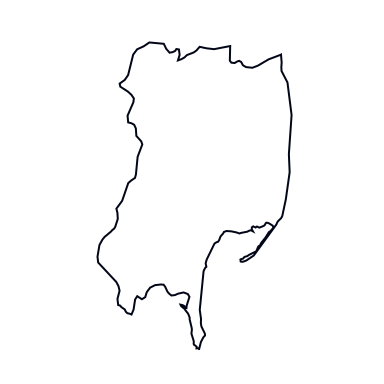 map outline of Pomeranian (Robinson projection), rotated 102°
{"feature_id": "POL-3140", "entity_name": "Pomeranian", "entity_type": "Voivodeship", "adm_level": 1, "iso_a3": "POL", "parent_name": "Poland", "parent_adm1": "", "projection": "robinson", "projection_center": [18.491, 54.136], "detail": "fine", "context": "isolated", "style": "outline", "palette": "ink", "viewbox_px": 384, "rotation_deg": 102, "n_neighbors": 0, "source": "natural_earth", "source_scale": "10m", "svg_char_len": 2725}
<svg xmlns="http://www.w3.org/2000/svg" viewBox="0 0 384 384"><g transform="rotate(102 192 192)"><path d="M329.6,149.4L331.8,150.7L336.9,152.1L344.9,152.4L344.5,152.5L343.4,152.5L343.5,153.1L343.8,154.5L344.0,155.1L342.4,155.3L341.6,156.7L341.1,158.1L340.2,158.8L338.7,159.0L337.3,159.4L330.7,163.1L326.6,163.5L324.9,164.1L316.9,167.9L315.6,168.1L314.3,168.8L311.7,170.6L309.1,173.8L308.5,174.3L307.8,175.1L306.0,178.7L304.6,179.8L304.6,177.8L305.0,176.2L305.8,175.0L306.7,174.3L306.7,173.3L304.3,173.6L295.1,172.7L292.7,174.8L292.0,179.3L294.3,184.4L296.4,187.3L297.5,190.6L296.3,193.0L294.7,195.2L290.2,198.6L288.6,200.5L288.9,203.1L290.8,208.8L294.3,213.1L299.3,215.4L304.6,215.9L307.3,218.7L305.3,223.9L309.0,225.3L319.2,224.7L324.4,225.7L324.0,227.9L324.0,230.1L322.8,231.9L320.9,233.3L319.3,237.1L318.1,238.6L317.9,240.7L312.0,242.7L303.7,242.3L299.4,244.3L295.7,247.4L280.5,269.1L274.9,271.0L263.1,271.5L257.4,269.8L254.2,268.2L247.4,262.9L245.7,262.0L244.3,260.7L242.3,259.9L233.8,259.0L227.9,260.6L224.0,262.5L215.2,258.5L196.5,256.2L193.2,253.7L190.1,250.7L186.5,250.5L168.9,252.5L155.8,250.5L153.0,252.2L148.7,258.1L141.6,260.1L138.3,262.5L137.7,264.2L137.3,266.1L137.2,268.9L130.7,270.9L116.4,268.0L112.6,268.3L109.6,271.4L107.1,275.6L103.9,284.0L101.0,285.3L96.4,281.1L90.9,278.8L69.8,278.1L63.8,275.3L59.5,269.5L54.6,264.8L52.9,250.4L57.3,247.0L60.4,242.9L59.2,240.0L57.5,237.8L55.4,237.0L55.3,234.4L60.5,232.6L66.2,233.1L64.3,230.0L62.0,227.4L59.1,225.4L55.2,219.4L52.7,217.1L48.4,214.7L48.4,207.4L47.7,200.1L41.3,185.0L55.7,182.3L57.3,180.4L57.0,177.1L55.0,175.0L53.9,173.1L54.7,170.8L57.4,168.6L58.6,165.1L57.9,158.7L54.7,153.8L46.3,144.6L39.3,133.7L39.1,133.5L46.8,131.2L51.2,130.6L55.0,129.6L65.0,121.4L96.0,110.6L134.9,105.1L152.3,100.6L179.7,98.7L196.6,98.7L198.9,99.3L202.7,101.8L204.0,102.3L206.2,102.7L241.3,118.4L247.7,124.6L248.7,126.1L249.8,128.1L249.9,129.9L248.0,130.6L247.6,130.2L247.1,129.2L246.5,128.2L244.6,127.2L243.3,124.7L241.6,123.1L236.7,116.9L235.8,116.6L232.2,116.0L231.3,115.7L230.3,114.5L227.4,113.7L221.2,110.6L215.2,108.4L214.2,107.3L210.9,105.4L210.0,105.1L208.8,105.5L208.1,106.2L206.7,110.0L206.5,110.9L206.5,112.8L207.0,113.3L209.5,114.1L210.0,114.6L211.3,116.3L212.8,118.7L212.7,119.7L212.3,120.6L212.4,121.5L213.5,122.4L212.9,125.0L214.1,126.1L216.0,125.8L217.8,124.2L217.2,126.4L218.0,128.1L219.3,129.6L221.9,135.7L222.7,137.0L222.3,140.0L222.3,145.3L223.0,150.2L224.5,152.5L226.1,152.9L229.2,154.7L230.8,155.1L232.2,155.2L233.9,155.6L235.4,156.3L236.0,157.5L237.8,159.3L255.1,163.6L259.0,163.8L262.2,162.4L263.1,163.1L264.3,163.6L267.1,164.2L305.7,159.9L314.2,156.8L318.3,156.1L321.5,154.9L327.8,150.0L329.6,149.4Z" fill="none" stroke="#020617" stroke-width="2"/></g></svg>